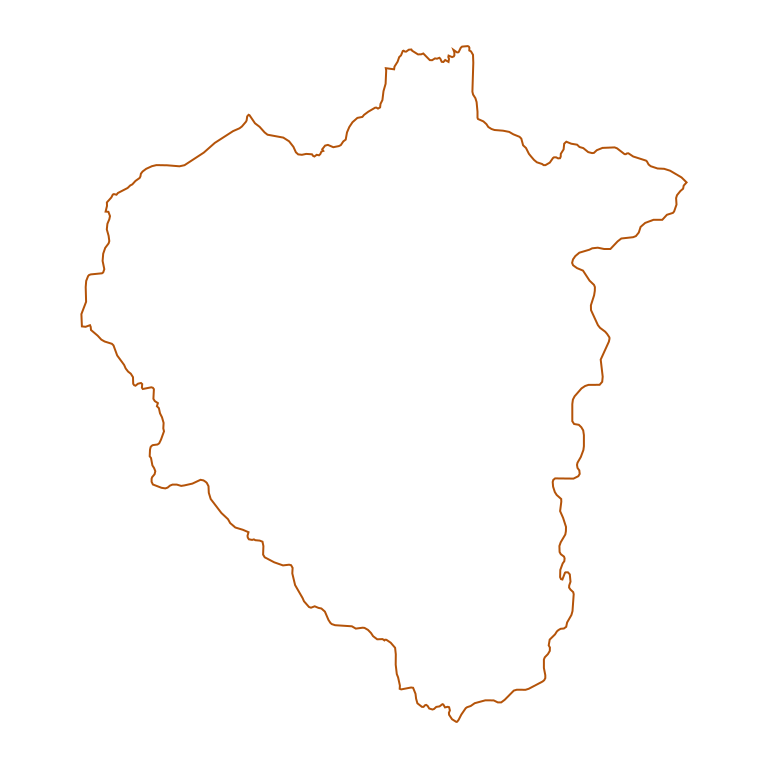 the district of Carolina, Antioquia, Colombia
{"feature_id": "7082276B54893921503227", "entity_name": "Carolina", "entity_type": "district", "adm_level": 2, "iso_a3": "COL", "parent_name": "Colombia", "parent_adm1": "Antioquia", "projection": "natural_earth1", "projection_center": [-75.301, 6.75], "detail": "fine", "context": "isolated", "style": "outline", "palette": "amber", "viewbox_px": 768, "rotation_deg": 0, "n_neighbors": 0, "source": "geoboundaries", "source_scale": "gbopen_adm2", "svg_char_len": 6049}
<svg xmlns="http://www.w3.org/2000/svg" viewBox="0 0 768 768"><path d="M90.8,274.4L89.1,275.0L88.1,276.1L86.2,280.9L85.7,287.1L86.1,301.8L81.4,314.1L81.9,326.4L85.6,326.8L90.0,325.2L90.7,326.9L91.0,330.0L97.7,335.7L101.3,339.6L104.6,341.5L111.9,343.8L113.5,345.4L117.2,355.5L124.1,364.9L125.7,368.5L128.1,371.6L130.8,373.7L133.0,377.2L133.2,383.8L134.2,385.2L135.5,385.7L138.0,383.7L141.0,383.0L142.2,384.1L141.9,387.7L142.8,389.0L151.3,387.3L152.9,387.8L153.9,389.2L153.4,398.8L154.8,401.1L157.9,403.1L156.9,406.2L158.9,408.2L160.0,413.3L162.0,417.3L163.6,422.9L163.3,428.4L164.0,431.3L161.0,439.6L159.2,443.3L157.5,444.5L152.9,445.1L151.7,445.8L150.6,447.1L150.0,449.8L149.7,456.3L151.0,458.0L152.4,465.4L154.1,468.1L155.3,471.2L154.6,474.2L152.1,477.2L151.6,478.8L151.6,481.8L152.9,484.5L161.5,487.8L165.3,488.4L167.6,487.6L170.0,485.6L172.5,484.6L176.8,484.6L181.2,485.9L184.4,485.4L192.4,483.6L200.5,479.8L203.5,480.4L205.6,481.8L206.8,482.9L208.5,486.2L208.8,492.8L210.7,499.0L221.4,513.0L228.0,519.2L230.2,523.1L235.3,527.5L242.9,529.8L248.5,532.2L247.5,535.9L247.8,537.6L248.9,539.3L252.1,539.9L253.9,539.4L255.3,540.2L259.7,540.6L262.5,541.7L263.4,546.1L263.1,554.6L264.7,557.3L274.2,562.3L283.0,565.4L289.1,564.7L291.1,565.2L292.6,567.9L292.3,573.4L295.1,585.1L302.6,598.1L304.0,601.3L309.0,607.0L311.0,607.7L314.7,606.3L318.5,607.9L321.4,608.5L324.9,611.6L328.5,620.0L330.4,622.9L331.8,624.1L335.1,625.2L351.9,626.3L355.8,628.6L362.7,627.7L364.5,627.9L368.0,629.9L371.0,633.0L373.1,636.2L377.2,639.3L382.6,639.1L384.4,640.4L385.1,639.7L386.4,639.8L390.7,642.7L395.1,647.8L395.8,654.3L395.7,664.7L396.8,674.1L398.1,677.4L399.9,685.6L399.7,688.8L401.2,689.4L411.1,687.5L413.1,687.8L415.5,693.8L416.1,698.7L417.4,703.3L422.0,706.9L423.5,706.9L425.1,705.2L426.2,704.9L427.6,705.9L429.2,708.5L432.5,709.5L434.0,709.0L436.3,706.9L439.5,706.4L442.4,704.2L443.3,704.5L445.0,707.4L447.8,706.8L449.1,707.2L449.9,710.4L448.9,712.8L449.1,714.8L452.0,719.2L456.3,721.9L457.2,721.7L458.7,719.7L461.3,714.6L465.7,708.2L467.1,707.2L470.7,706.0L474.7,703.2L485.4,700.3L493.7,700.4L497.8,702.4L501.2,702.4L504.7,699.8L513.8,690.6L516.9,689.7L525.5,689.8L528.7,688.8L542.6,681.5L544.2,680.2L545.3,678.1L545.3,675.2L543.9,668.0L543.9,659.5L544.8,657.3L547.9,654.1L549.8,650.9L549.9,647.5L548.7,645.4L549.7,639.6L555.0,634.4L556.9,631.4L558.4,630.1L560.6,628.8L563.9,628.5L566.2,626.8L567.1,622.5L571.4,615.0L572.5,611.1L573.7,594.2L573.2,592.1L570.5,589.6L569.1,587.6L569.2,585.5L570.5,581.7L569.8,574.4L567.9,572.3L565.6,572.3L565.0,572.7L562.4,579.5L561.0,579.1L560.1,577.1L560.3,569.9L562.7,563.4L564.3,561.2L564.6,558.4L564.0,556.6L560.8,554.2L559.6,552.0L559.4,546.0L560.7,542.3L565.3,534.5L565.9,531.2L566.0,526.9L563.1,517.9L560.1,511.1L561.3,501.7L561.2,499.0L556.7,495.0L554.8,492.0L553.1,486.7L552.7,482.0L553.3,479.9L555.1,478.4L573.5,478.6L578.3,476.2L579.7,473.9L579.3,470.4L577.5,467.9L577.0,464.9L577.5,462.7L580.8,457.0L583.4,450.0L583.9,446.2L583.9,435.1L583.2,430.4L581.3,427.2L578.8,424.8L574.1,424.0L572.3,421.2L572.3,404.1L572.9,399.6L574.6,396.3L581.5,388.4L585.1,386.0L588.4,384.9L599.6,384.8L602.2,381.8L602.7,376.7L600.7,359.6L608.9,341.6L609.5,338.7L609.4,337.4L607.1,333.9L605.2,331.7L600.0,327.8L597.9,325.1L591.0,310.1L590.9,305.3L594.1,295.3L594.8,290.9L594.9,287.1L594.0,284.9L589.6,280.7L583.0,270.6L577.0,268.1L573.1,265.3L572.1,262.9L573.0,259.4L575.3,256.1L579.3,252.7L589.4,249.7L592.2,248.3L597.8,247.7L604.1,249.0L610.4,249.0L617.6,241.4L621.3,238.5L633.1,237.2L635.9,236.1L638.8,232.5L640.6,226.9L645.2,222.9L653.5,219.8L662.3,219.8L666.9,214.8L672.9,212.9L674.1,211.5L676.5,204.6L676.1,198.1L677.0,195.2L680.4,191.0L683.1,188.7L683.7,185.6L686.6,182.4L681.5,177.4L670.1,170.7L664.1,168.8L657.6,168.5L650.7,166.2L648.6,164.5L646.9,161.4L646.0,160.6L633.2,156.5L628.4,153.3L627.0,153.4L625.8,154.2L624.5,154.1L617.0,148.3L614.6,147.4L602.5,147.9L596.8,150.2L593.9,152.9L592.1,153.1L588.2,152.1L583.3,148.1L579.5,147.0L577.1,144.7L571.2,143.7L566.3,141.7L564.2,143.7L563.6,149.4L560.8,153.8L560.7,156.7L560.0,158.2L558.1,158.4L556.1,157.3L554.0,157.3L553.0,158.0L549.8,162.6L545.5,165.1L543.6,165.1L542.1,164.0L536.9,162.3L534.0,159.9L531.0,156.4L528.9,153.8L526.0,148.0L523.1,145.3L521.3,138.6L519.5,136.8L513.3,134.3L509.2,131.9L503.1,130.7L494.5,130.0L491.5,129.0L488.3,127.0L486.4,124.1L483.4,121.4L478.0,119.0L477.5,117.8L477.5,111.8L476.6,102.1L475.4,98.2L473.1,94.6L472.4,91.7L473.3,62.8L473.0,54.8L471.0,51.4L469.3,50.5L469.4,47.8L468.9,46.7L467.8,46.1L462.1,46.6L460.8,47.7L458.7,52.0L458.0,52.4L456.9,52.3L453.4,49.8L454.3,52.1L454.4,55.3L453.8,56.4L452.1,57.1L448.6,55.6L448.3,57.0L449.0,58.9L448.5,61.9L445.2,60.0L443.4,62.0L441.7,61.8L440.3,58.7L439.4,57.8L437.0,58.7L435.0,58.4L432.1,60.2L429.8,60.1L423.3,53.5L421.2,54.3L418.0,54.4L412.1,50.7L411.4,49.5L408.8,49.7L406.2,51.6L405.0,51.6L403.6,50.7L402.8,51.0L401.0,55.4L399.2,57.1L397.6,61.7L394.5,66.6L394.1,69.3L385.8,68.2L386.2,70.6L385.6,83.8L383.5,91.1L382.4,100.1L380.5,103.9L380.1,107.4L378.0,108.6L376.3,107.6L375.1,107.7L368.3,111.7L364.0,114.9L362.4,116.9L357.4,117.9L352.5,122.2L349.3,127.0L347.0,132.4L345.7,139.6L343.3,141.4L340.8,145.1L338.8,146.1L333.3,147.2L327.9,144.9L325.1,145.6L322.2,149.3L323.3,150.9L321.4,151.6L320.3,154.1L319.0,155.3L316.7,154.8L314.4,156.5L313.1,155.9L312.0,154.3L306.2,153.9L301.9,154.8L298.2,154.4L295.9,152.3L293.4,146.8L289.1,141.3L283.3,137.6L267.5,134.7L264.6,132.4L259.6,126.8L255.0,123.3L249.5,115.2L248.6,114.8L247.2,116.4L246.6,120.5L245.9,121.8L241.9,126.5L239.5,128.3L233.1,131.1L214.8,142.9L203.8,152.6L184.5,165.2L179.5,166.3L167.2,165.3L156.4,165.1L151.9,166.2L146.2,168.8L142.6,171.5L140.9,173.7L140.4,176.5L139.6,178.0L135.5,180.9L132.3,184.4L130.3,185.4L127.6,188.0L117.9,193.0L116.5,194.7L113.9,194.1L112.8,194.6L111.3,197.5L106.9,202.4L107.0,205.9L105.6,211.6L108.4,211.8L110.0,216.1L109.3,219.3L107.4,223.8L106.8,229.4L108.6,235.8L109.3,241.1L108.6,243.4L105.2,247.9L103.2,253.7L102.6,260.9L104.3,269.2L103.2,272.4L102.0,273.3L90.8,274.4Z" fill="none" stroke="#b45309" stroke-width="2"/></svg>